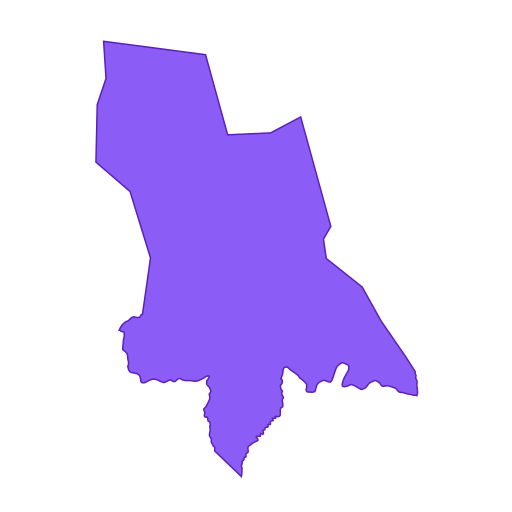 the district of Santa Barbara, Santa Bárbara, Honduras, rotated 268°
{"feature_id": "27666195B27779659720993", "entity_name": "Santa Barbara", "entity_type": "district", "adm_level": 2, "iso_a3": "HND", "parent_name": "Honduras", "parent_adm1": "Santa Bárbara", "projection": "mercator", "projection_center": [-88.269, 14.907], "detail": "fine", "context": "isolated", "style": "filled", "palette": "violet", "viewbox_px": 512, "rotation_deg": 268, "n_neighbors": 0, "source": "geoboundaries", "source_scale": "gbopen_adm2", "svg_char_len": 6002}
<svg xmlns="http://www.w3.org/2000/svg" viewBox="0 0 512 512"><g transform="rotate(268 256 256)"><path d="M475.9,111.2L438.7,112.3L412.8,102.6L355.4,99.3L324.8,132.4L257.7,150.5L201.6,140.5L201.5,139.7L201.2,139.1L200.2,138.4L199.2,138.1L199.0,137.9L198.8,137.4L198.7,136.3L198.7,134.9L199.3,132.6L199.5,131.3L199.2,130.4L198.6,129.3L198.0,128.5L196.8,127.3L195.9,126.2L195.5,125.5L195.1,124.2L194.7,123.4L193.9,122.2L192.2,120.2L189.6,118.2L188.3,117.5L186.6,116.7L186.6,117.0L186.3,117.6L185.5,118.6L185.0,119.5L184.9,120.3L184.8,121.2L184.6,121.5L184.3,121.6L182.5,121.6L180.3,121.5L178.2,120.9L176.2,120.5L173.2,120.2L168.5,119.5L167.8,119.5L167.2,119.6L166.6,120.0L165.2,121.7L163.8,123.2L161.9,124.1L158.0,124.3L156.1,124.5L154.6,124.9L153.7,124.9L152.1,124.7L151.1,124.4L150.3,124.0L150.0,124.1L147.1,124.6L145.9,125.1L145.0,125.7L144.4,126.5L143.9,127.4L142.9,131.7L142.5,133.1L141.7,134.1L141.1,135.1L140.3,135.6L138.7,136.1L136.7,136.4L135.1,136.5L134.4,136.7L133.9,137.0L133.5,137.4L133.3,138.0L133.2,138.8L133.2,139.8L133.5,141.1L133.8,141.7L134.3,142.5L135.3,144.5L136.3,147.5L136.5,148.4L136.5,149.3L136.4,150.6L135.7,153.1L135.1,154.3L133.9,156.1L133.4,157.7L132.7,159.4L133.0,160.5L135.2,165.7L135.1,166.2L134.8,166.9L133.9,168.3L133.4,169.1L133.3,169.7L133.3,170.2L133.8,171.3L135.9,173.7L136.1,174.1L136.2,174.6L136.1,175.6L135.8,176.6L135.6,177.0L135.1,177.5L134.9,177.8L134.5,179.0L134.0,180.9L133.8,186.0L133.0,190.1L132.9,191.2L133.2,193.1L133.8,195.1L135.7,199.3L137.5,202.3L137.8,203.8L137.7,204.5L137.5,205.0L137.0,205.1L136.1,204.7L135.4,204.3L133.4,202.7L132.9,202.4L130.2,202.2L129.7,202.3L129.1,202.6L128.0,203.4L126.8,204.4L126.0,204.9L123.6,205.9L122.7,206.2L122.2,206.2L121.7,205.9L119.8,204.6L119.4,204.5L119.0,204.4L117.2,204.9L116.2,204.9L114.9,204.7L113.5,204.2L107.7,201.1L106.5,200.1L105.2,198.7L104.6,198.4L103.9,198.5L103.2,198.9L102.2,199.0L100.8,199.4L100.4,199.3L100.0,199.1L99.3,199.0L98.6,198.8L98.0,198.8L97.5,198.9L97.2,199.1L96.9,199.5L96.7,200.3L96.6,201.4L96.2,201.9L95.6,202.1L94.3,202.1L92.9,202.3L92.5,202.8L91.7,203.9L90.4,204.3L88.6,204.4L88.1,204.3L87.8,203.9L87.5,203.9L84.2,204.1L83.3,204.1L79.2,203.2L78.3,203.2L77.8,203.3L77.1,203.6L74.6,205.0L71.9,204.8L71.4,204.8L70.3,205.3L69.0,206.2L67.8,206.5L66.9,207.6L66.1,208.0L64.4,208.1L63.2,207.9L62.5,208.0L36.1,233.7L40.0,234.4L42.7,234.5L43.6,234.6L44.7,234.6L46.4,234.2L47.3,234.2L48.2,234.4L48.9,234.9L51.2,235.1L51.5,235.3L52.9,236.9L53.9,237.0L54.6,237.0L54.8,237.1L55.3,237.7L55.4,238.1L55.4,238.7L55.6,239.0L55.9,239.1L56.8,239.0L58.0,239.0L58.7,239.3L59.1,239.5L59.8,240.8L60.4,241.3L60.7,241.4L61.3,241.4L64.2,241.1L65.2,241.4L65.9,241.7L66.3,242.1L67.0,243.3L69.3,246.5L70.8,249.7L71.1,250.6L71.6,251.3L71.8,251.5L72.2,251.5L73.1,251.4L73.6,251.1L75.2,249.9L75.5,249.9L75.8,250.4L76.0,251.3L75.6,253.4L75.7,254.0L76.0,254.2L78.1,254.3L78.4,254.4L78.5,254.5L78.5,254.8L78.4,255.2L77.9,256.0L77.7,256.4L77.7,256.8L77.9,257.1L78.1,257.2L78.6,257.3L80.6,256.9L81.1,256.9L81.5,257.0L81.7,257.4L81.9,258.3L82.0,258.7L83.6,259.0L84.1,259.3L84.6,260.7L84.6,261.6L84.8,262.0L85.2,262.2L86.7,261.9L87.0,262.0L87.3,262.2L87.4,262.7L87.0,264.0L87.0,264.3L87.7,264.6L89.2,264.6L89.8,264.6L90.3,265.1L90.7,265.6L90.7,267.0L90.8,267.3L91.0,267.5L91.6,267.3L92.6,266.7L92.9,266.6L93.1,266.8L93.3,267.3L93.1,269.6L93.1,269.8L93.2,270.0L93.4,270.1L93.7,270.0L94.4,269.6L94.8,269.5L95.0,269.8L95.1,270.1L95.2,270.4L94.7,271.7L94.6,272.4L94.7,272.8L94.8,273.4L95.1,273.8L95.4,274.2L95.9,274.5L97.3,274.8L101.2,274.8L102.4,275.1L103.2,275.5L104.0,276.7L104.2,277.2L104.4,277.4L104.7,277.5L106.1,277.7L107.5,277.6L109.3,277.4L110.4,277.2L111.2,277.2L112.0,277.4L113.0,278.2L113.4,278.4L114.4,278.2L114.9,278.0L116.0,277.3L117.3,277.0L118.2,277.0L118.8,277.2L119.6,277.6L120.2,277.6L120.5,277.5L121.5,276.4L123.3,276.1L124.7,275.8L125.3,275.8L125.8,276.0L126.2,276.2L126.8,276.9L128.4,277.8L129.0,277.9L130.1,278.0L131.5,277.6L132.5,276.6L135.8,278.0L136.9,278.4L139.6,279.0L140.7,279.0L141.6,279.2L142.9,279.9L143.5,280.4L143.7,280.7L143.9,281.7L143.9,282.8L143.9,283.3L143.6,283.8L140.9,286.5L138.5,289.8L135.8,293.2L134.7,294.3L133.3,295.0L132.6,295.5L131.9,296.4L130.4,298.3L127.8,300.8L126.4,301.9L126.0,302.0L125.5,302.1L124.2,302.1L122.9,302.0L122.3,301.9L121.0,301.4L119.7,301.5L119.2,301.7L118.8,302.0L118.5,302.4L118.3,303.1L118.1,304.7L117.9,307.6L118.1,309.1L118.6,310.1L118.9,310.3L119.2,310.5L120.7,310.9L123.7,311.9L125.0,312.4L125.8,312.9L126.7,313.7L127.5,314.8L128.2,316.0L128.8,317.3L129.3,318.8L129.3,319.9L129.0,321.1L128.1,322.9L127.6,324.6L127.4,325.7L127.5,326.1L127.7,326.4L128.5,327.1L129.6,327.8L140.2,331.8L142.2,332.8L142.9,333.3L143.5,334.0L144.7,335.4L145.6,336.7L146.1,337.8L146.3,338.4L146.3,338.9L146.2,339.4L145.9,340.1L144.5,342.9L143.7,344.4L143.4,344.6L143.0,344.7L141.4,344.8L139.7,344.7L138.7,344.4L131.3,340.0L129.7,339.2L127.0,338.3L125.1,337.7L124.2,337.6L123.6,337.7L123.1,337.8L122.8,338.1L122.5,338.5L122.4,339.0L122.3,339.6L122.5,341.3L123.1,343.8L123.3,344.3L123.8,345.1L124.0,345.6L124.2,346.3L124.1,347.0L123.6,348.5L122.7,350.3L119.2,356.0L119.0,356.5L119.1,357.3L119.3,358.3L119.7,359.3L120.1,360.2L120.7,361.0L121.6,362.0L123.7,363.6L125.0,364.9L125.2,365.2L125.8,366.3L127.2,369.9L127.4,370.7L127.4,371.2L127.2,371.7L126.7,372.5L124.8,375.1L124.1,375.6L123.0,376.2L121.8,377.2L121.6,377.6L121.3,378.6L121.7,382.0L121.7,383.3L121.5,384.3L119.4,389.8L119.0,390.6L117.9,392.0L116.5,392.8L115.8,393.4L115.1,394.3L114.8,394.8L114.7,395.4L114.6,396.7L114.4,397.9L114.1,399.0L112.9,402.4L112.4,405.1L111.3,408.9L111.2,409.8L111.2,411.2L111.0,411.6L110.8,411.9L111.7,412.1L112.6,412.5L113.6,412.7L117.4,412.6L119.3,412.4L120.2,412.1L123.7,412.5L125.0,412.5L125.8,412.4L126.5,412.2L127.2,411.9L127.8,411.4L128.1,411.3L129.7,411.5L130.9,411.8L133.1,410.9L134.9,411.1L150.4,401.9L186.6,378.8L221.3,361.0L251.0,326.2L270.5,324.0L283.0,331.8L393.4,305.5L378.5,274.8L378.1,231.9L458.9,212.6L475.9,111.2Z" fill="#8b5cf6" stroke="#5b21b6" stroke-width="1.5"/></g></svg>